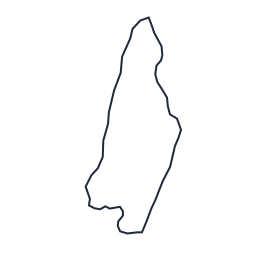 the district of Mörbylånga, Kalmar, Sweden, rotated 170°
{"feature_id": "70781695B97428107441054", "entity_name": "Mörbylånga", "entity_type": "district", "adm_level": 2, "iso_a3": "SWE", "parent_name": "Sweden", "parent_adm1": "Kalmar", "projection": "natural_earth1", "projection_center": [16.526, 56.492], "detail": "fine", "context": "isolated", "style": "outline", "palette": "slate", "viewbox_px": 256, "rotation_deg": 170, "n_neighbors": 0, "source": "geoboundaries", "source_scale": "gbopen_adm2", "svg_char_len": 745}
<svg xmlns="http://www.w3.org/2000/svg" viewBox="0 0 256 256"><g transform="rotate(170 128 128)"><path d="M132.4,22.8L125.6,33.4L118.7,45.1L113.9,51.8L102.9,69.8L93.3,82.4L88.5,93.6L85.0,101.9L80.2,109.2L76.1,117.0L78.1,128.7L84.3,134.1L85.0,142.4L84.3,151.2L87.7,160.0L91.2,168.4L91.8,176.2L89.1,184.5L83.6,189.0L81.5,193.9L80.8,202.7L85.6,217.0L87.0,225.8L88.4,233.2L97.3,231.7L106.3,224.8L110.4,215.5L121.4,199.3L125.6,183.6L135.2,167.4L144.1,146.8L146.9,135.6L154.5,119.9L157.9,103.9L164.7,93.6L172.3,87.8L179.9,77.6L177.8,64.9L179.9,58.6L175.0,54.8L169.5,52.8L164.0,54.8L159.9,51.8L149.6,51.8L147.5,47.0L148.2,42.6L153.7,37.8L155.1,33.4L153.7,27.6L146.8,24.2L137.2,23.7L132.4,22.8Z" fill="none" stroke="#1e293b" stroke-width="2"/></g></svg>